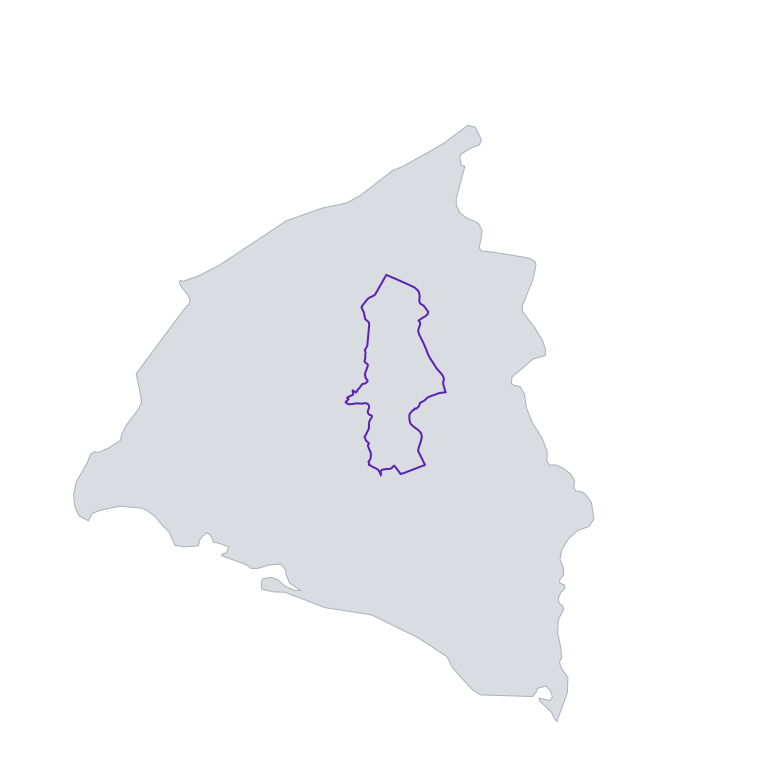 where Matagalpa sits in Nicaragua, rotated 107°
{"feature_id": "NIC-666", "entity_name": "Matagalpa", "entity_type": "Department", "adm_level": 1, "iso_a3": "NIC", "parent_name": "Nicaragua", "parent_adm1": "", "projection": "albers", "projection_center": [-85.323, 12.952], "detail": "fine", "context": "in_parent", "style": "outline", "palette": "violet", "viewbox_px": 768, "rotation_deg": 107, "n_neighbors": 0, "source": "natural_earth", "source_scale": "10m", "svg_char_len": 5316}
<svg xmlns="http://www.w3.org/2000/svg" viewBox="0 0 768 768"><g transform="rotate(107 384 384)"><path d="M656.2,120.0L652.9,124.6L649.2,127.6L641.6,142.5L639.0,143.9L638.4,132.9L633.8,131.5L628.5,135.4L625.5,141.1L630.3,148.4L634.4,148.5L639.4,150.5L653.2,201.1L650.4,210.2L642.2,224.4L634.3,236.5L626.5,244.0L616.9,276.1L608.4,328.2L615.1,374.9L612.1,418.1L615.0,428.3L616.0,441.0L609.4,443.4L605.7,443.0L601.8,435.2L602.2,428.4L606.1,420.3L607.6,409.4L605.7,403.7L601.9,416.1L595.1,421.8L590.7,423.7L586.4,430.0L591.1,441.8L597.1,450.5L599.1,456.7L596.9,464.1L595.7,489.3L593.6,488.6L591.4,485.2L585.2,485.0L584.5,495.2L585.0,500.9L579.7,505.3L577.8,509.7L582.2,512.8L587.0,514.6L592.9,514.2L597.9,526.6L599.5,536.8L588.2,546.3L584.4,554.0L578.0,563.5L574.5,572.8L573.5,579.4L578.0,600.5L585.9,615.4L592.5,624.8L601.3,626.8L599.3,636.8L592.7,643.2L580.8,648.5L567.6,649.6L545.9,644.7L537.1,644.2L533.7,641.5L532.6,636.6L526.4,629.3L515.0,619.5L508.5,620.2L497.8,618.1L480.1,611.4L471.9,610.6L460.2,616.4L446.6,624.0L413.6,612.2L390.5,604.0L369.8,596.5L364.2,593.7L359.7,594.3L355.7,598.2L351.2,605.1L349.7,607.0L347.3,608.9L344.7,609.5L344.6,606.2L334.4,592.5L318.3,576.0L256.6,525.2L234.1,494.9L222.0,473.0L210.5,461.6L177.4,438.3L169.8,429.0L137.1,397.8L112.1,379.4L111.8,371.7L122.2,362.1L127.3,362.6L132.7,369.6L141.6,377.5L145.8,377.6L152.0,374.0L152.2,370.3L185.8,369.1L191.9,367.1L198.0,361.4L201.2,353.5L201.8,345.8L203.1,340.3L208.5,335.0L218.4,333.4L226.0,332.9L228.3,329.3L226.0,317.7L222.1,289.3L221.3,281.4L222.7,275.5L225.8,273.4L240.7,272.1L268.8,274.6L274.3,272.8L285.7,256.8L296.2,245.0L303.7,239.7L309.6,238.1L316.4,248.6L340.1,263.7L344.1,262.8L346.5,262.0L347.2,259.8L346.8,252.9L352.8,246.6L365.1,240.9L377.5,231.0L389.9,216.7L400.7,208.2L409.9,205.7L413.3,201.8L411.2,196.5L411.9,189.0L415.5,179.2L420.8,173.6L427.8,172.0L430.5,169.0L429.1,164.4L430.4,159.3L436.7,151.0L451.7,143.8L460.2,146.2L467.4,155.8L477.5,162.2L490.5,165.6L500.6,164.3L507.8,158.3L514.3,156.5L520.1,158.8L523.1,157.5L523.4,152.5L526.4,151.3L532.0,154.0L537.0,154.7L541.4,153.3L543.1,150.9L543.9,148.3L547.2,146.4L558.4,148.3L571.1,145.3L585.0,137.5L594.3,134.1L598.8,134.9L604.3,131.0L610.7,122.4L625.2,118.4L656.2,120.0Z" fill="#d9dde1" stroke="#a8b0b8" stroke-width="1"/><path d="M399.4,411.9L400.0,408.8L400.2,408.4L399.3,407.7L397.4,407.6L395.1,406.4L391.1,405.0L390.3,404.6L389.8,403.4L388.8,402.1L387.6,401.2L386.5,400.8L385.8,400.6L384.9,401.3L384.7,401.6L384.5,402.1L384.2,402.6L383.9,403.1L383.6,403.3L383.1,403.7L382.5,403.9L381.6,404.2L381.3,404.4L381.1,404.6L380.9,404.9L380.3,405.1L379.0,405.2L371.3,404.8L370.9,404.9L370.6,405.0L370.3,405.2L370.1,405.5L368.6,408.6L368.2,409.2L367.7,409.3L367.0,409.4L364.7,409.5L364.1,409.5L363.0,410.1L360.5,410.6L359.1,410.9L357.6,412.1L357.1,412.3L356.8,412.3L356.1,411.9L354.1,411.6L352.6,411.1L331.5,415.5L329.5,416.5L327.4,421.0L321.5,424.2L320.9,424.7L317.3,428.0L315.3,427.6L307.8,424.7L306.7,423.9L305.3,422.8L303.5,420.7L301.7,419.0L299.5,418.3L279.0,413.7L280.2,402.7L281.7,390.4L282.1,387.3L282.8,382.9L284.7,378.9L285.1,378.3L286.1,377.4L288.8,375.9L290.2,375.4L293.3,374.8L294.8,374.2L295.9,373.5L296.4,372.8L296.7,372.2L297.5,369.0L302.1,362.7L302.7,362.8L304.3,362.7L305.4,363.2L307.2,364.3L309.1,366.2L313.2,369.4L314.8,367.4L315.4,367.1L316.8,366.9L321.2,367.1L322.8,366.9L324.0,366.5L326.6,364.6L333.5,358.1L339.1,353.3L340.5,352.5L345.0,348.5L353.8,338.1L356.0,334.5L357.7,331.7L359.4,329.7L362.0,328.0L364.8,328.0L367.2,327.1L373.9,322.7L376.4,328.3L382.6,336.7L385.0,339.0L386.6,339.7L387.2,340.0L387.9,340.5L391.3,343.8L391.6,343.9L391.9,344.1L392.3,344.1L392.6,344.1L393.4,344.0L394.0,343.9L394.4,343.9L394.9,344.0L395.8,344.6L397.5,345.5L398.0,345.8L398.2,346.2L398.3,347.3L398.6,347.5L400.0,347.7L400.9,348.9L404.6,350.5L405.9,350.7L409.0,349.9L412.5,348.3L413.7,347.4L414.7,346.2L416.2,343.0L417.7,338.7L418.6,336.5L420.2,334.2L423.3,332.4L427.3,332.0L435.3,332.2L437.2,332.0L438.3,331.6L449.2,321.3L449.8,321.4L450.2,321.9L450.9,323.1L463.0,338.5L465.2,341.8L460.0,348.9L459.6,349.5L459.2,350.4L459.5,350.5L459.8,350.6L460.6,351.5L460.9,351.6L461.2,351.7L461.5,351.8L461.8,352.0L462.1,352.1L462.6,352.5L463.5,353.7L463.7,354.0L464.4,356.4L466.2,360.1L466.5,360.6L466.9,361.0L467.2,361.2L467.5,361.4L467.8,361.5L468.2,361.5L468.6,361.5L468.9,361.5L469.3,361.4L470.6,360.6L470.9,360.4L471.3,360.4L471.6,360.3L471.9,360.4L471.8,360.5L471.4,360.8L470.6,361.4L470.5,361.5L467.9,364.3L467.4,365.4L466.7,369.5L466.5,371.3L466.4,371.7L465.9,373.0L465.7,374.8L465.3,374.9L464.8,374.8L464.1,375.1L462.9,376.1L462.2,376.0L461.5,375.5L459.9,375.1L458.3,375.2L456.0,375.8L454.6,376.0L452.8,377.2L450.2,379.6L447.5,381.5L445.1,381.1L444.2,383.1L443.0,385.0L442.2,385.7L440.7,386.7L440.3,387.2L438.7,386.7L431.5,385.5L430.3,385.6L427.0,386.6L425.3,387.0L423.8,387.0L422.5,386.9L420.3,386.2L419.3,386.0L418.1,386.2L417.7,386.8L417.7,388.8L417.3,389.9L415.9,391.2L414.7,391.6L413.3,391.5L411.9,391.4L410.1,391.5L409.1,392.0L408.3,392.9L407.8,393.8L407.6,395.1L407.7,396.2L408.9,398.6L409.4,400.0L410.4,404.2L413.5,411.0L413.6,412.3L413.5,413.5L413.1,414.5L412.7,415.3L411.9,415.3L411.3,414.7L410.1,414.0L409.0,413.5L408.5,414.0L408.2,415.2L407.4,415.0L403.6,410.8L402.2,410.5L400.2,411.9L399.4,411.9Z" fill="none" stroke="#5b21b6" stroke-width="2"/></g></svg>